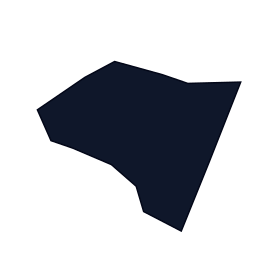 the border of Gudja, rotated 109°
{"feature_id": "MLT-5966", "entity_name": "Gudja", "entity_type": "state/province", "adm_level": 1, "iso_a3": "MLT", "parent_name": "Malta", "parent_adm1": "", "projection": "natural_earth1", "projection_center": [14.503, 35.844], "detail": "fine", "context": "isolated", "style": "filled", "palette": "ink", "viewbox_px": 256, "rotation_deg": 109, "n_neighbors": 0, "source": "natural_earth", "source_scale": "10m", "svg_char_len": 328}
<svg xmlns="http://www.w3.org/2000/svg" viewBox="0 0 256 256"><g transform="rotate(109 128 128)"><path d="M208.1,44.1L201.9,86.0L180.4,101.3L168.0,131.8L165.0,173.8L165.0,196.7L140.3,219.6L94.1,185.2L69.5,162.3L66.4,112.7L66.4,86.0L47.9,36.4L134.2,40.2L208.1,44.1Z" fill="#0f172a" stroke="#020617" stroke-width="1.5"/></g></svg>